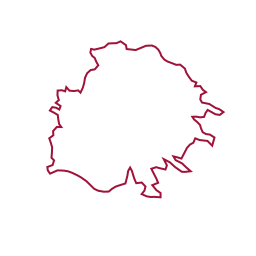 the district of Boa Esperança do Iguaçu, Paraná, Brazil, rotated 215°
{"feature_id": "56859067B49303915936139", "entity_name": "Boa Esperança do Iguaçu", "entity_type": "district", "adm_level": 2, "iso_a3": "BRA", "parent_name": "Brazil", "parent_adm1": "Paraná", "projection": "albers", "projection_center": [-53.234, -25.634], "detail": "fine", "context": "isolated", "style": "outline", "palette": "rose", "viewbox_px": 256, "rotation_deg": 215, "n_neighbors": 0, "source": "geoboundaries", "source_scale": "gbopen_adm2", "svg_char_len": 1988}
<svg xmlns="http://www.w3.org/2000/svg" viewBox="0 0 256 256"><g transform="rotate(215 128 128)"><path d="M191.8,154.1L192.9,149.4L192.0,144.5L189.5,139.2L188.1,135.0L187.2,129.7L190.4,130.2L193.4,127.3L197.4,125.0L202.0,126.1L200.5,122.0L203.8,121.0L207.1,118.3L204.6,114.4L200.7,111.2L201.6,107.2L195.8,107.3L194.9,103.7L198.4,103.4L202.0,101.7L202.0,97.5L197.4,98.1L193.0,98.4L189.9,94.9L186.6,91.7L183.2,90.5L186.9,88.1L187.6,82.6L185.0,79.2L186.6,74.4L182.2,71.2L179.0,68.6L176.2,64.2L173.6,59.7L170.0,59.1L168.5,54.4L171.7,49.8L169.4,47.3L165.7,45.9L161.4,52.9L155.9,56.4L152.1,58.2L147.8,59.3L142.3,60.2L138.0,60.6L131.6,60.6L120.8,58.8L116.5,59.5L111.3,61.9L107.3,64.9L106.2,69.0L104.5,72.9L102.0,76.3L98.3,81.1L101.1,88.5L103.2,92.8L103.6,96.8L100.2,95.1L93.9,90.2L89.6,87.5L85.5,91.2L80.1,90.1L78.6,86.1L78.9,81.7L73.3,82.8L69.7,84.6L67.1,86.6L61.6,89.9L64.0,93.4L69.2,93.4L75.3,95.1L71.9,100.4L75.7,102.8L80.1,105.1L85.5,108.0L82.4,112.1L79.1,113.2L73.5,115.5L74.7,119.7L80.9,123.0L74.0,123.9L66.9,123.0L58.8,123.0L55.8,125.0L51.9,128.5L58.0,129.2L63.4,130.0L70.6,129.0L74.5,130.8L70.7,132.3L66.7,133.6L68.3,145.8L67.7,150.1L66.0,153.4L67.0,158.1L62.4,159.2L55.5,163.0L48.9,161.8L50.1,165.3L51.7,169.8L57.1,169.6L60.6,167.8L64.4,167.4L68.3,169.8L70.7,171.8L74.7,172.6L78.8,172.9L81.7,174.1L78.5,176.5L75.0,178.1L72.1,180.7L73.1,184.9L73.1,188.5L69.1,188.9L64.3,189.4L60.4,191.3L58.9,195.8L63.9,195.8L67.7,194.7L75.2,194.3L82.0,191.3L85.2,192.9L87.3,197.1L84.7,202.1L88.6,202.2L92.8,203.8L97.1,200.5L98.1,204.5L102.9,203.3L108.1,205.1L111.9,206.7L115.5,209.3L118.5,209.6L121.7,209.8L124.7,207.4L128.5,206.5L133.9,205.1L137.5,204.9L142.2,206.2L144.7,208.0L148.2,209.6L152.1,210.1L155.7,209.3L160.4,205.7L166.4,196.3L174.4,191.9L177.2,194.7L183.8,194.7L186.1,190.9L189.8,188.1L192.5,186.0L193.7,180.7L197.5,176.3L200.5,172.9L203.6,171.6L202.1,168.2L198.7,166.5L195.5,166.3L192.0,164.1L188.3,162.3L188.9,156.9L191.8,154.1Z" fill="none" stroke="#9f1239" stroke-width="2"/></g></svg>